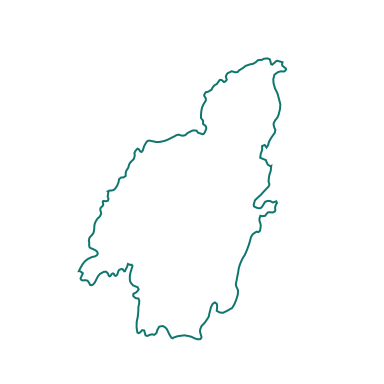 Zhlobin, Gomel, Belarus, rotated 107°
{"feature_id": "67162791B87321103764300", "entity_name": "Zhlobin", "entity_type": "district", "adm_level": 2, "iso_a3": "BLR", "parent_name": "Belarus", "parent_adm1": "Gomel", "projection": "natural_earth1", "projection_center": [29.946, 52.8], "detail": "fine", "context": "isolated", "style": "outline", "palette": "teal", "viewbox_px": 384, "rotation_deg": 107, "n_neighbors": 0, "source": "geoboundaries", "source_scale": "gbopen_adm2", "svg_char_len": 5155}
<svg xmlns="http://www.w3.org/2000/svg" viewBox="0 0 384 384"><g transform="rotate(107 192 192)"><path d="M216.1,272.8L216.7,271.9L219.2,271.6L221.1,271.3L222.8,269.9L224.9,269.9L225.8,271.2L226.3,272.8L226.3,273.8L226.9,274.5L227.7,274.4L229.3,273.5L230.4,273.1L231.7,273.5L232.5,274.0L233.8,274.7L234.9,274.7L236.1,274.4L237.2,273.7L238.4,272.9L239.4,272.5L241.9,272.9L243.4,273.5L244.7,274.4L246.5,275.0L248.4,275.5L250.4,275.7L252.4,275.6L254.8,275.0L256.4,274.6L258.6,274.3L260.3,274.3L262.8,275.3L264.2,276.1L266.1,276.7L268.7,276.4L270.1,275.6L272.8,274.9L274.8,273.8L275.4,272.1L275.4,270.5L275.7,268.9L276.0,267.4L276.4,266.0L277.4,264.7L278.6,264.1L280.2,264.4L282.0,266.0L282.7,267.4L284.0,269.4L285.0,270.3L286.0,271.6L288.0,273.1L289.9,274.3L293.0,275.5L295.2,276.0L297.8,276.6L300.6,277.0L300.5,276.8L300.8,274.8L301.6,272.6L303.9,272.9L307.4,273.3L308.6,271.8L308.3,269.9L307.5,268.3L307.4,266.3L307.7,265.4L309.0,263.8L310.7,262.2L310.5,260.7L309.6,259.7L307.0,258.5L304.1,258.0L300.3,257.3L297.4,256.2L296.3,255.1L294.2,253.1L293.3,250.9L294.5,248.6L295.9,247.6L296.8,246.3L296.3,245.5L293.9,244.8L292.9,243.8L293.2,242.7L294.4,241.7L294.5,240.3L292.9,239.3L289.8,239.3L288.2,239.1L287.1,238.1L286.3,237.0L286.1,235.8L287.0,234.6L287.7,233.6L287.3,232.9L285.6,232.8L282.5,232.2L279.5,232.2L279.8,230.1L279.2,228.4L280.1,227.3L284.1,227.3L287.0,227.3L290.5,226.9L293.2,226.1L295.0,225.3L296.3,224.4L297.5,222.8L298.5,221.1L298.8,218.4L299.0,216.1L300.7,214.5L303.9,215.7L305.5,217.2L306.5,218.3L308.6,217.8L309.3,216.7L310.0,214.6L309.5,212.1L311.3,210.7L313.8,210.0L317.8,209.6L322.0,208.4L327.2,207.4L332.5,206.9L338.0,205.3L342.2,203.2L342.7,202.0L341.4,200.5L338.7,199.3L338.4,197.2L340.4,196.0L342.7,194.5L342.7,192.5L341.2,191.0L339.7,188.5L339.7,186.4L337.4,184.8L333.9,184.8L330.4,184.0L329.7,182.9L328.7,180.6L329.4,177.8L330.7,175.7L332.2,174.4L333.5,173.2L335.2,171.6L336.5,170.1L337.3,169.3L337.5,167.9L337.4,167.9L336.1,166.4L334.0,163.4L332.6,160.3L331.3,157.4L330.8,153.5L330.6,150.3L331.2,146.7L331.2,143.5L330.3,141.1L329.2,140.5L327.7,140.6L325.5,142.1L323.1,143.6L321.0,144.0L317.4,143.7L313.2,141.6L309.5,140.4L306.3,139.5L303.8,139.8L300.4,140.0L296.4,140.2L292.9,139.5L290.9,137.8L291.7,135.6L294.0,134.5L295.8,134.1L298.4,133.6L299.1,130.4L298.5,127.1L295.5,123.8L292.9,121.4L291.3,119.8L287.2,118.7L282.5,118.2L276.8,118.2L273.3,119.0L271.2,120.3L269.5,122.0L267.5,123.1L263.7,123.5L260.0,123.9L255.9,124.3L251.1,125.0L247.6,125.0L243.9,124.7L239.8,124.0L236.8,123.1L231.3,122.5L226.2,122.2L222.7,122.2L217.9,122.4L214.4,121.5L211.1,118.7L210.9,116.7L209.0,115.6L204.5,116.3L203.3,116.7L201.7,117.7L199.7,119.1L197.8,119.7L194.8,119.7L194.5,117.5L193.4,115.1L191.0,114.3L189.2,113.3L188.6,111.7L188.1,109.0L186.4,107.1L184.9,107.0L184.0,107.4L182.7,108.0L179.8,108.1L177.7,107.5L176.3,108.7L178.4,111.6L177.9,113.9L177.9,115.3L178.5,117.2L180.0,119.2L182.2,119.8L185.4,120.6L187.5,121.8L188.1,124.0L188.1,125.9L187.6,128.6L186.2,129.3L181.6,129.4L178.7,127.8L176.6,126.6L174.7,125.4L171.5,123.9L166.4,121.4L164.5,120.4L162.4,120.2L161.0,120.8L159.5,121.9L154.9,122.8L152.4,123.0L148.9,122.9L144.2,123.8L144.5,124.0L143.7,127.5L141.2,129.7L139.9,130.7L139.5,134.9L139.3,136.8L135.5,137.4L131.3,137.2L127.5,138.4L125.8,136.2L127.7,133.7L124.8,132.9L121.8,133.1L117.4,132.2L113.6,131.0L111.5,130.2L108.3,130.4L106.4,132.1L103.7,133.7L102.0,134.0L99.1,133.4L95.9,132.1L93.0,131.8L86.8,132.1L82.2,133.2L77.2,136.3L72.7,139.1L68.8,142.8L64.6,145.6L60.6,147.2L55.7,147.5L52.1,144.7L50.4,141.8L50.2,140.0L49.4,138.7L47.3,137.8L46.4,138.4L45.6,140.5L44.7,142.7L43.5,143.2L41.4,143.4L41.5,146.1L41.6,149.0L42.5,150.0L44.0,150.7L45.6,151.8L46.8,152.5L46.6,153.8L44.6,154.9L42.3,156.5L42.2,158.9L43.5,162.1L45.3,163.9L45.7,165.4L46.6,167.4L49.4,169.1L51.1,170.6L52.0,171.8L52.8,173.6L55.8,177.7L57.4,178.7L59.7,180.5L61.7,182.4L63.9,183.4L64.9,185.6L64.9,187.4L64.9,189.3L66.5,191.0L67.1,191.7L67.9,192.6L69.6,193.3L72.0,193.3L72.8,192.7L74.4,191.6L75.9,192.0L77.5,193.4L77.4,194.0L76.9,194.9L76.4,195.8L76.3,197.2L76.7,198.2L78.6,198.9L81.4,199.8L82.1,200.4L83.0,201.4L84.7,202.4L87.3,203.1L88.8,203.3L89.5,204.3L90.7,205.1L91.8,206.5L92.5,208.0L95.7,208.8L96.9,208.0L98.2,206.3L100.4,205.5L102.4,206.0L104.9,206.7L108.4,207.1L110.6,206.9L113.1,206.5L115.8,205.9L117.0,205.5L118.5,205.1L119.4,204.0L120.4,202.4L122.1,201.8L123.7,201.3L124.7,198.6L125.7,197.5L127.1,196.9L130.3,197.1L132.6,197.6L133.6,198.5L133.6,201.0L133.5,203.7L132.0,205.5L132.4,207.7L133.1,209.5L135.7,212.3L137.1,213.6L139.7,215.1L141.0,217.6L141.1,220.0L141.1,221.7L142.3,223.6L144.1,225.3L146.0,227.3L148.7,230.1L150.6,232.4L151.8,234.3L153.1,236.6L154.2,239.1L154.7,241.1L154.9,243.8L155.1,245.6L155.2,247.5L156.1,249.4L157.7,250.2L162.1,251.2L164.6,251.2L166.6,251.2L168.5,252.0L168.3,253.5L166.7,255.2L166.5,256.8L169.2,258.1L171.6,258.5L172.9,257.7L175.1,257.3L177.4,257.3L179.1,258.2L181.9,259.7L184.6,260.2L187.3,260.0L189.2,260.6L191.3,261.1L193.6,260.9L196.0,260.1L198.0,261.7L199.0,264.2L201.1,265.5L204.4,265.1L207.7,265.4L210.9,266.3L213.1,267.6L214.1,269.4L214.7,271.2L216.1,272.8Z" fill="none" stroke="#0f766e" stroke-width="2"/></g></svg>